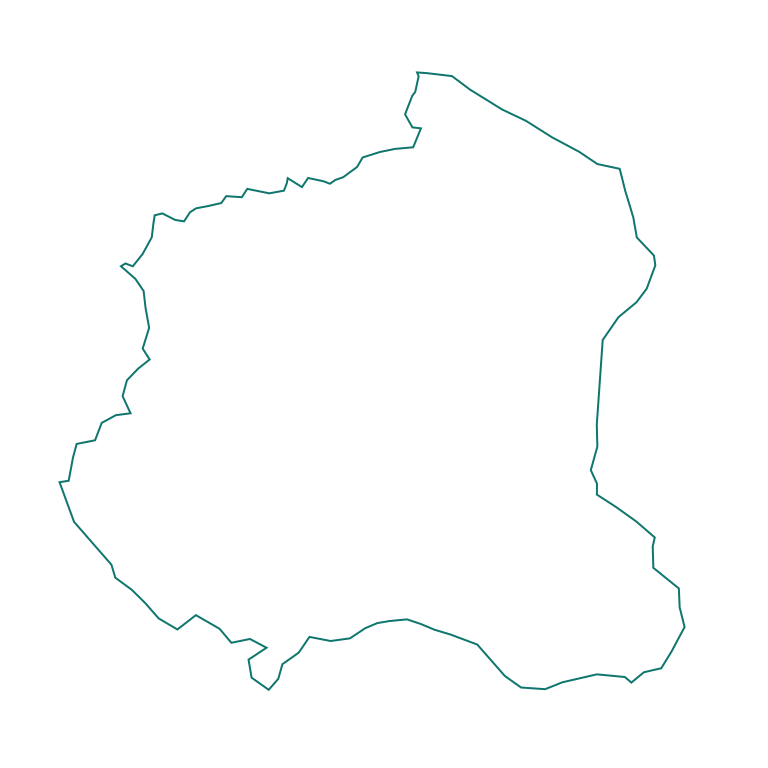 Polemi, Paphos, Cyprus, rotated 274°
{"feature_id": "46923920B23159624661255", "entity_name": "Polemi", "entity_type": "district", "adm_level": 2, "iso_a3": "CYP", "parent_name": "Cyprus", "parent_adm1": "Paphos", "projection": "equal_earth", "projection_center": [32.514, 34.884], "detail": "fine", "context": "isolated", "style": "outline", "palette": "teal", "viewbox_px": 768, "rotation_deg": 274, "n_neighbors": 0, "source": "geoboundaries", "source_scale": "gbopen_adm2", "svg_char_len": 1748}
<svg xmlns="http://www.w3.org/2000/svg" viewBox="0 0 768 768"><g transform="rotate(274 384 384)"><path d="M483.1,113.4L471.6,128.6L460.0,137.7L443.4,140.8L423.6,145.8L402.5,140.8L392.1,148.5L382.2,137.7L369.8,127.3L353.6,124.1L337.1,133.2L334.2,118.7L325.5,105.1L307.7,99.7L302.8,81.6L289.1,78.9L265.5,76.2L263.4,67.2L224.9,84.4L184.7,124.7L172.0,129.5L161.0,146.9L148.7,161.2L134.5,175.5L124.7,195.0L140.3,212.5L128.3,237.1L115.2,249.8L120.3,268.1L112.7,285.2L99.6,268.1L81.8,272.4L70.9,290.3L82.5,299.1L97.4,302.2L110.1,317.7L126.5,327.3L123.9,348.7L127.9,367.8L139.2,382.5L145.0,394.0L147.9,405.9L150.8,423.4L147.2,437.3L142.3,451.8L138.7,467.9L130.6,495.2L101.1,525.0L90.8,541.9L90.8,566.0L98.9,582.8L109.2,616.6L108.5,644.7L103.4,651.6L114.6,663.4L119.8,680.4L137.2,689.5L162.5,700.8L181.9,694.5L200.6,692.4L213.9,673.4L219.4,665.5L240.7,663.4L249.8,664.8L264.6,645.0L277.6,623.8L288.5,604.1L299.5,603.4L312.5,596.3L336.4,601.2L358.4,599.1L390.7,599.1L417.9,599.1L443.1,599.1L467.0,613.2L483.2,630.2L497.4,639.4L521.3,646.4L531.0,644.3L547.8,626.0L567.9,621.0L569.3,620.4L578.6,616.9L593.7,611.1L599.9,609.1L615.1,604.1L618.3,581.5L629.3,562.4L641.6,534.8L656.4,507.3L666.1,482.6L683.6,449.4L695.9,430.3L697.1,404.9L697.1,395.3L693.3,397.1L677.6,394.8L673.5,392.1L654.5,386.2L642.0,394.4L641.6,403.0L622.2,396.6L619.3,378.6L615.1,363.6L608.5,346.9L598.6,342.0L587.4,328.8L584.2,321.3L580.0,316.1L582.1,309.2L584.2,293.9L574.7,288.4L582.6,273.6L577.3,273.0L569.9,270.7L566.2,256.3L569.1,234.0L560.4,229.1L560.4,213.5L553.2,209.1L549.5,197.0L546.1,184.2L541.8,178.5L532.3,173.2L533.1,164.3L538.7,151.0L536.3,143.5L528.7,142.8L514.1,142.1L496.8,134.1L483.9,125.2L486.2,117.7L483.1,113.4Z" fill="none" stroke="#0f766e" stroke-width="2"/></g></svg>